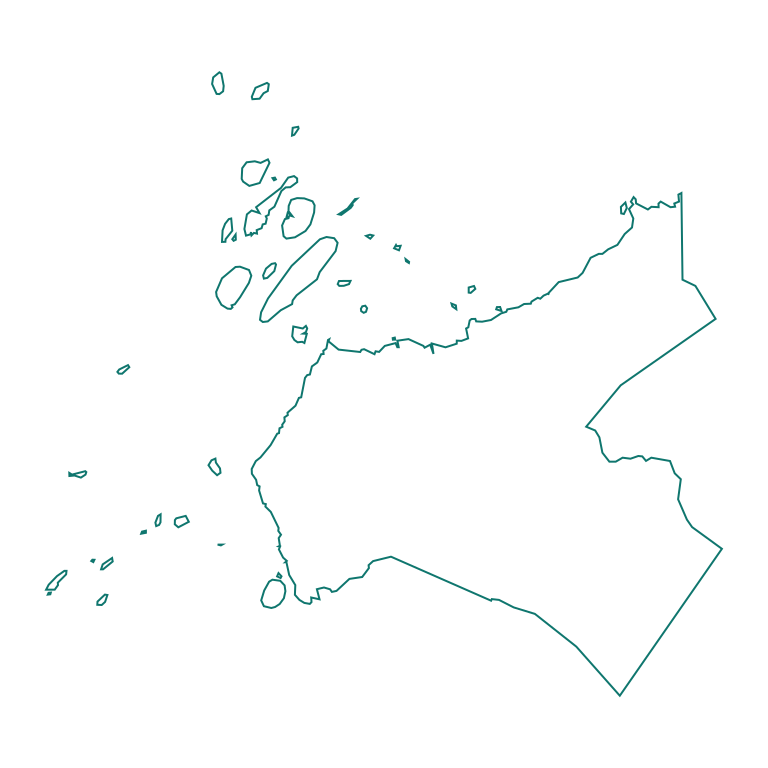 Muna Barat, Sulawesi Tenggara, Indonesia
{"feature_id": "22746128B23924471266348", "entity_name": "Muna Barat", "entity_type": "district", "adm_level": 2, "iso_a3": "IDN", "parent_name": "Indonesia", "parent_adm1": "Sulawesi Tenggara", "projection": "albers", "projection_center": [122.382, -4.771], "detail": "fine", "context": "isolated", "style": "outline", "palette": "teal", "viewbox_px": 768, "rotation_deg": 0, "n_neighbors": 0, "source": "geoboundaries", "source_scale": "gbopen_adm2", "svg_char_len": 6116}
<svg xmlns="http://www.w3.org/2000/svg" viewBox="0 0 768 768"><path d="M681.4,193.0L678.4,194.6L679.0,201.6L674.3,203.5L675.1,206.7L670.5,207.2L660.7,201.6L658.5,203.6L658.6,207.2L651.4,206.8L647.9,209.5L636.1,203.4L635.7,199.3L633.6,197.1L630.9,201.7L633.2,204.4L629.0,209.1L633.3,218.5L632.0,227.5L624.7,234.0L617.4,244.9L608.2,249.3L602.4,253.9L598.7,253.9L590.6,257.8L582.6,272.9L577.7,277.5L558.7,282.1L548.2,293.4L549.1,294.6L548.0,293.6L543.6,295.6L540.3,298.7L537.7,297.8L531.5,301.6L530.8,303.7L524.1,304.0L518.4,307.3L507.3,309.4L506.3,311.8L501.1,313.4L491.0,320.0L482.1,321.7L476.2,321.4L475.3,318.9L471.5,319.0L469.7,320.5L468.3,327.3L466.1,328.5L468.1,338.4L461.4,340.9L456.8,340.6L456.7,343.7L445.5,347.3L431.9,343.5L433.5,353.9L430.2,344.7L424.6,347.7L423.4,345.9L408.5,339.1L397.4,340.7L398.7,347.2L397.3,347.2L395.6,343.1L384.8,345.9L379.1,351.9L375.6,351.3L374.5,354.2L364.1,349.2L361.5,349.8L360.2,352.0L338.6,349.6L328.5,341.3L329.2,339.3L328.0,340.0L326.4,348.5L323.3,350.8L323.6,354.0L321.2,354.2L317.3,362.5L311.9,366.4L309.9,374.5L307.2,375.1L305.0,377.9L301.2,397.3L298.9,397.9L295.5,405.7L287.5,412.7L287.8,415.1L284.4,417.4L284.7,421.3L282.2,424.7L282.5,426.8L279.5,428.3L279.0,433.1L277.2,433.7L270.6,445.1L260.5,457.4L255.8,461.1L251.7,469.0L251.9,473.8L256.1,479.8L257.2,485.1L259.6,486.4L259.1,490.5L263.0,503.4L265.8,504.1L265.4,506.6L270.8,511.9L278.6,527.9L278.3,530.9L281.0,534.7L278.7,538.1L279.9,545.7L278.8,546.3L280.1,546.5L278.9,549.4L283.1,557.6L286.8,560.9L285.4,562.2L286.4,562.1L289.2,575.0L295.3,585.1L294.9,594.8L299.4,599.9L304.3,602.9L309.8,603.9L311.5,602.1L311.2,597.5L319.5,599.3L316.9,589.2L324.0,587.5L330.1,589.3L331.9,591.9L336.5,590.9L349.4,578.9L362.2,577.0L368.9,568.1L368.6,565.2L373.1,561.1L391.0,556.7L491.1,600.7L491.8,599.1L499.0,599.9L513.7,607.4L534.9,613.9L576.3,646.6L619.8,695.7L721.9,548.8L692.1,527.1L686.9,519.6L678.1,499.3L680.8,479.2L674.7,473.3L670.0,461.0L651.3,457.7L646.0,460.9L642.3,456.4L638.3,456.0L630.5,458.7L622.6,457.7L615.7,461.7L609.4,461.7L602.4,452.7L599.4,437.4L595.2,430.5L586.2,426.7L620.7,385.3L715.6,318.9L695.4,285.9L682.5,279.7L681.4,193.0ZM292.1,304.1L292.7,300.4L296.6,295.3L317.0,279.3L319.7,272.1L335.6,251.1L337.6,242.8L334.2,238.2L326.5,237.0L319.9,239.3L291.7,265.8L268.0,298.5L261.1,312.3L260.0,319.8L262.8,322.0L267.8,321.4L280.8,310.2L292.1,304.1ZM297.1,198.1L291.2,199.9L288.7,205.9L288.5,211.1L292.5,216.3L289.7,215.5L290.1,214.3L287.7,212.7L286.6,216.8L288.9,216.6L288.5,218.2L284.9,219.1L282.1,225.5L283.6,236.2L286.4,238.6L295.0,237.3L305.5,231.0L310.4,224.4L314.1,212.5L314.6,205.3L312.5,201.3L304.3,198.4L297.1,198.1ZM230.8,308.9L232.5,307.4L231.6,305.3L234.8,304.3L240.1,297.2L248.9,282.9L251.3,275.7L249.0,270.0L240.0,266.7L235.5,267.0L222.0,278.3L216.1,292.0L216.7,296.3L221.4,304.8L227.5,308.6L230.8,308.9ZM290.3,187.2L297.2,182.1L297.1,178.4L294.0,176.1L288.2,177.6L281.0,187.9L256.1,207.2L259.5,213.1L251.6,210.5L246.9,214.4L244.4,229.0L246.0,235.6L250.4,234.4L251.0,232.1L251.5,235.4L253.9,232.9L257.0,233.6L256.7,230.1L261.6,228.2L262.7,224.4L265.6,223.7L266.8,218.5L265.8,216.3L268.6,214.9L269.3,210.4L274.4,206.7L281.4,191.0L285.7,187.4L290.3,187.2ZM269.5,162.8L267.9,159.4L260.6,162.9L254.8,161.3L246.6,162.3L242.2,168.2L241.7,178.9L243.1,181.6L249.3,185.9L259.7,183.0L269.5,162.8ZM280.3,580.8L272.4,579.7L269.1,581.7L264.2,590.5L261.2,600.4L263.9,606.2L271.3,608.0L275.1,607.0L279.7,604.0L283.9,598.2L285.4,591.2L284.6,585.4L280.3,580.8ZM307.2,328.4L305.9,325.9L302.8,328.5L293.3,326.5L292.2,336.3L294.4,340.0L297.6,342.3L302.2,341.8L304.4,343.0L306.8,333.8L303.2,333.6L305.9,332.1L307.2,328.4ZM219.4,94.1L223.1,91.3L223.7,85.9L221.4,73.7L219.4,72.3L213.2,77.4L212.1,84.0L216.6,93.9L219.4,94.1ZM259.6,98.7L263.6,93.2L267.8,91.0L268.8,84.2L267.0,82.9L255.5,87.8L251.8,96.8L252.4,99.2L259.6,98.7ZM225.6,239.2L232.3,230.7L231.2,218.5L228.8,219.1L225.1,223.8L222.6,230.3L222.0,241.9L225.4,241.8L225.6,239.2ZM57.8,582.7L66.1,574.4L66.5,570.9L64.3,570.9L57.0,576.1L48.7,584.7L46.1,589.7L54.7,589.7L58.0,585.1L57.8,582.7ZM275.1,263.2L271.6,263.9L266.0,268.6L263.1,275.4L263.9,278.6L267.3,277.9L274.3,271.1L276.0,264.5L275.1,263.2ZM178.3,527.3L188.8,521.8L185.7,515.9L176.3,518.3L174.9,520.1L174.8,524.3L178.3,527.3ZM220.5,472.8L220.0,468.4L215.9,462.6L215.4,458.6L211.5,460.3L208.5,465.2L212.2,470.6L217.1,475.2L220.5,472.8ZM101.7,605.0L105.1,601.9L107.4,595.0L104.9,594.6L97.5,601.6L97.3,604.8L101.7,605.0ZM85.3,471.2L72.0,474.6L69.3,472.9L69.4,476.0L74.5,475.5L80.9,477.6L85.5,474.6L86.3,472.1L85.3,471.2ZM103.1,569.3L112.7,561.5L112.1,558.0L102.7,564.4L101.1,569.3L103.1,569.3ZM350.5,280.9L339.0,281.0L337.7,284.1L339.3,285.9L343.8,285.8L349.0,284.1L350.5,280.9ZM623.9,214.0L626.8,208.0L625.4,202.5L620.9,206.9L621.2,213.4L623.9,214.0ZM128.0,365.1L119.2,369.5L117.4,371.9L118.8,373.6L122.1,373.7L129.3,367.2L128.0,365.1ZM298.2,126.8L292.7,127.8L292.0,135.6L294.3,134.8L298.6,128.5L298.2,126.8ZM341.2,214.9L350.7,207.9L352.7,205.2L352.4,203.2L357.0,198.8L355.0,199.1L347.6,208.5L338.6,214.3L341.2,214.9ZM159.1,524.9L160.5,522.3L160.6,514.3L158.0,515.9L155.4,522.6L156.2,526.1L159.1,524.9ZM363.7,312.8L366.0,311.8L367.1,308.2L365.3,305.7L362.3,306.3L360.9,308.8L361.2,311.1L363.7,312.8ZM474.0,286.0L468.7,287.5L468.7,292.6L470.7,292.9L475.3,288.9L474.0,286.0ZM396.6,246.2L396.0,245.0L394.1,248.3L399.0,250.3L400.6,245.8L396.6,246.2ZM366.1,235.9L370.3,238.7L373.2,235.5L370.0,234.7L366.1,235.9ZM500.1,307.0L496.9,307.1L496.2,309.3L501.5,311.0L500.1,307.0ZM456.3,309.2L455.9,305.4L451.5,303.6L452.3,306.4L456.3,309.2ZM280.6,578.0L281.5,576.3L278.5,573.1L277.1,576.4L280.6,578.0ZM233.6,240.8L235.8,239.7L235.6,234.5L232.3,239.2L233.6,240.8ZM141.2,533.7L145.9,532.8L145.9,530.7L142.0,531.6L141.2,533.7ZM274.9,177.6L272.5,178.1L274.0,180.3L275.9,179.4L274.9,177.6ZM217.6,544.6L220.9,545.4L222.3,544.6L217.6,544.6ZM405.6,259.1L406.0,261.2L408.9,263.0L409.1,261.9L405.6,259.1ZM395.2,339.6L394.8,337.6L392.7,338.1L392.9,339.7L395.2,339.6ZM93.3,562.1L94.4,559.8L92.4,559.7L91.3,561.0L93.3,562.1ZM50.3,594.3L50.8,592.6L48.6,592.8L47.8,594.6L50.3,594.3Z" fill="none" stroke="#0f766e" stroke-width="2"/></svg>